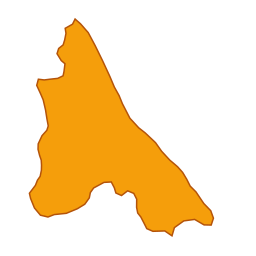 the district of Koma tou Gialou, Cyprus, rotated 277°
{"feature_id": "46923920B1495178663042", "entity_name": "Koma tou Gialou", "entity_type": "district", "adm_level": 2, "iso_a3": "CYP", "parent_name": "Cyprus", "parent_adm1": "", "projection": "orthographic", "projection_center": [34.126, 35.419], "detail": "fine", "context": "isolated", "style": "filled", "palette": "amber", "viewbox_px": 256, "rotation_deg": 277, "n_neighbors": 0, "source": "geoboundaries", "source_scale": "gbopen_adm2", "svg_char_len": 1152}
<svg xmlns="http://www.w3.org/2000/svg" viewBox="0 0 256 256"><g transform="rotate(277 128 128)"><path d="M165.5,33.1L159.2,32.2L151.1,37.2L145.6,40.4L135.7,44.0L127.6,46.3L120.3,48.6L115.8,47.7L109.9,43.6L101.3,40.8L95.9,41.3L90.0,43.6L85.5,45.8L80.6,46.7L75.6,47.2L69.3,46.7L65.2,44.5L59.8,43.1L51.2,38.1L46.2,39.9L37.2,44.9L30.8,51.7L29.9,59.4L33.1,65.4L35.8,77.2L41.7,87.6L47.1,94.4L53.9,98.1L59.3,98.5L64.3,101.2L71.1,110.8L72.4,118.0L67.0,121.7L62.0,123.9L60.2,129.8L65.6,135.3L63.8,141.7L58.4,145.3L50.3,146.2L44.8,148.0L41.2,151.6L35.8,155.3L30.4,158.9L28.5,165.3L29.4,171.2L30.3,177.1L26.3,184.8L34.8,186.2L42.6,194.7L45.4,205.3L41.1,215.3L41.8,222.4L48.9,223.8L56.0,220.2L62.3,212.4L72.9,203.2L77.9,196.8L84.2,192.6L90.6,187.6L95.6,181.9L101.2,173.4L109.0,164.2L116.8,157.1L125.2,145.7L129.5,138.6L137.9,128.7L151.4,119.5L159.1,115.2L166.9,109.5L176.8,103.8L191.6,94.6L205.7,85.4L217.8,76.9L225.5,68.3L229.7,62.2L224.3,60.3L219.3,53.5L214.4,54.9L207.6,54.4L202.6,53.5L198.5,49.5L193.1,48.5L186.8,53.5L184.1,57.6L176.4,57.6L171.9,57.2L168.7,52.2L166.9,44.5L165.5,39.0L165.5,33.1Z" fill="#f59e0b" stroke="#b45309" stroke-width="1.5"/></g></svg>